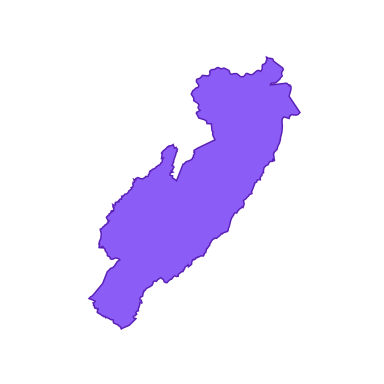 Jilotepec, Veracruz, Mexico (orthographic projection), rotated 111°
{"feature_id": "50627088B17060352314255", "entity_name": "Jilotepec", "entity_type": "district", "adm_level": 2, "iso_a3": "MEX", "parent_name": "Mexico", "parent_adm1": "Veracruz", "projection": "orthographic", "projection_center": [-96.915, 19.611], "detail": "fine", "context": "isolated", "style": "filled", "palette": "violet", "viewbox_px": 384, "rotation_deg": 111, "n_neighbors": 0, "source": "geoboundaries", "source_scale": "gbopen_adm2", "svg_char_len": 6078}
<svg xmlns="http://www.w3.org/2000/svg" viewBox="0 0 384 384"><g transform="rotate(111 192 192)"><path d="M227.4,256.7L228.9,259.5L229.8,259.8L230.3,259.7L231.2,258.8L232.3,259.8L232.1,261.4L232.6,261.0L234.3,260.5L234.3,259.2L235.8,259.2L237.4,258.5L237.7,259.0L237.7,258.7L238.1,258.7L238.8,259.1L238.6,260.3L239.7,259.9L240.0,260.0L239.9,260.5L240.8,260.4L242.2,261.5L243.3,261.2L243.5,261.7L246.3,262.9L248.6,260.2L249.0,260.2L248.8,259.0L249.7,259.4L250.9,259.3L251.2,260.0L252.7,260.1L253.7,261.3L254.9,261.5L256.3,262.5L258.8,263.3L259.4,264.3L260.2,264.1L263.0,262.0L264.7,261.4L267.9,260.5L271.4,260.7L273.0,260.3L273.7,259.6L274.1,260.2L275.3,259.2L277.0,259.0L277.2,258.8L276.6,258.2L276.9,257.8L276.5,257.4L276.6,257.0L275.7,256.8L275.3,256.1L275.4,255.9L276.3,255.9L275.9,254.8L275.3,255.0L276.5,253.1L276.5,252.5L277.9,252.0L279.7,249.0L281.4,248.4L281.9,247.9L281.9,245.8L282.5,245.0L283.6,244.3L283.6,243.0L283.1,241.9L281.1,240.0L280.7,238.6L280.6,235.8L281.2,235.0L283.7,236.8L289.0,237.9L290.2,238.5L291.0,238.9L292.7,240.9L293.6,241.0L296.8,242.5L309.5,242.6L324.7,247.8L326.2,249.1L328.4,250.0L328.4,245.2L328.7,243.1L329.1,243.1L329.5,243.7L330.5,243.8L331.0,244.6L332.2,243.4L333.0,243.4L333.0,242.6L334.8,241.6L335.3,240.7L334.8,240.3L334.8,238.7L335.1,238.5L334.6,237.9L335.3,237.5L335.8,238.0L338.3,237.3L338.5,236.9L339.0,233.4L339.6,231.6L339.5,230.4L340.0,230.1L339.7,228.8L339.3,228.5L340.3,227.6L339.6,226.7L340.2,221.8L340.2,221.4L339.8,221.2L339.7,220.3L339.9,219.4L340.7,219.4L342.3,218.3L342.6,213.2L343.1,212.9L343.3,211.0L345.2,208.9L344.3,208.3L338.9,202.8L330.3,198.9L330.2,199.5L330.6,200.1L330.6,200.9L329.8,201.8L329.1,202.1L327.9,200.9L325.9,199.8L324.9,201.3L323.1,200.7L322.0,199.4L320.5,200.3L318.1,200.2L317.0,200.5L316.2,200.3L314.3,201.1L313.6,200.6L313.8,199.3L313.5,199.0L311.2,200.6L311.3,201.8L310.5,202.4L309.8,202.5L308.2,202.2L308.0,201.7L307.1,200.8L305.0,201.1L304.6,201.5L302.1,201.1L301.6,201.6L300.4,200.4L298.5,200.1L295.3,197.2L293.2,195.8L291.0,195.7L290.2,196.0L288.6,195.3L288.2,193.2L286.1,192.6L283.1,190.4L284.4,186.8L285.8,185.8L286.0,184.2L285.6,182.8L283.8,182.2L281.4,180.9L280.8,179.9L277.0,178.7L276.4,178.0L276.5,176.3L275.6,174.7L273.9,175.3L270.2,173.2L269.5,171.9L267.6,171.7L267.4,172.1L266.8,171.5L264.1,171.5L262.2,169.6L261.4,169.6L262.1,168.6L262.9,168.4L259.8,166.5L256.9,167.2L254.9,167.0L254.3,166.3L254.6,165.8L252.9,164.6L252.0,164.7L251.6,163.8L251.0,163.2L250.7,163.4L249.8,161.9L248.8,161.2L248.3,160.5L247.7,158.5L246.1,158.2L245.5,158.5L244.3,158.4L243.7,157.5L239.6,158.1L239.3,157.5L235.9,156.7L235.6,156.4L233.3,156.9L233.1,156.5L230.9,156.3L229.1,155.7L226.8,154.0L226.4,152.4L221.8,150.0L220.3,149.7L220.3,148.7L218.8,148.1L216.1,144.7L214.9,144.5L213.6,144.9L210.5,144.9L204.5,145.7L201.4,145.6L198.6,144.9L197.2,145.0L196.0,144.4L195.6,142.7L192.9,142.4L192.5,142.0L191.2,141.8L189.1,140.2L188.0,139.9L188.2,138.8L185.2,138.9L183.5,139.5L183.2,139.9L182.6,140.1L181.9,140.8L181.4,140.9L178.6,139.0L177.2,138.7L175.2,137.6L174.0,137.7L172.0,135.5L170.5,136.4L162.0,136.4L161.3,136.7L159.5,135.2L158.0,135.5L157.6,135.3L156.3,133.6L156.1,132.6L154.5,133.4L153.2,133.4L151.9,133.0L151.6,132.7L150.3,133.0L149.4,132.9L148.2,132.1L147.5,132.7L143.5,133.5L140.6,132.2L139.3,130.8L136.5,130.5L135.6,130.1L134.4,127.6L133.2,128.3L132.4,128.2L132.2,127.8L133.6,126.0L127.2,129.6L125.9,129.4L125.7,129.6L121.8,127.9L118.4,128.3L115.2,127.9L111.1,128.3L110.3,128.7L103.6,129.6L97.9,131.3L94.3,133.1L91.4,134.0L88.9,133.1L88.6,127.7L86.0,128.0L85.5,127.4L84.5,127.2L83.7,126.0L83.8,125.0L83.1,123.6L83.1,122.7L81.8,120.9L79.1,119.7L67.8,135.7L61.3,136.3L59.0,137.0L57.8,137.6L57.9,139.3L57.2,139.0L57.2,140.9L56.7,141.9L56.6,142.9L64.0,157.1L63.0,157.4L61.7,156.6L60.7,154.1L59.3,152.6L55.1,150.4L53.4,150.3L51.8,149.4L51.2,149.4L50.2,150.4L48.2,151.2L45.0,150.6L43.7,151.7L40.7,162.5L38.9,164.3L38.8,164.9L39.7,168.9L39.4,170.8L41.8,169.4L42.4,169.7L45.0,169.5L46.9,170.6L47.6,171.7L48.6,171.8L52.2,170.5L54.7,171.1L54.5,172.6L54.8,173.8L55.8,175.0L60.3,177.4L61.2,178.5L61.6,180.0L61.5,183.0L62.1,184.0L64.8,184.7L65.7,185.2L66.9,187.5L66.7,188.9L65.9,190.7L65.5,192.7L66.4,195.2L67.8,197.0L68.0,198.1L67.4,199.4L65.7,200.5L65.3,201.2L64.8,206.0L65.1,207.0L66.6,208.8L66.4,212.2L66.9,213.1L69.5,214.9L70.6,217.3L71.9,218.4L73.1,218.7L74.9,217.7L76.0,217.5L77.8,218.3L79.4,224.1L82.3,225.0L83.3,225.8L84.8,227.7L85.9,228.0L87.4,227.4L90.0,223.9L90.9,223.6L91.9,223.8L93.9,225.9L95.9,226.5L96.9,227.5L100.9,227.8L103.6,224.1L106.1,223.1L107.2,218.1L108.3,216.7L110.8,216.7L111.9,215.8L112.9,213.7L115.5,215.9L115.7,215.5L116.8,216.3L120.5,212.1L120.1,206.2L120.6,203.9L122.8,202.5L121.4,198.4L127.0,195.6L127.8,195.1L128.4,193.9L130.3,193.6L131.0,193.2L132.3,192.2L135.0,189.2L148.9,202.3L152.4,205.0L153.1,204.3L154.1,204.6L154.6,203.6L155.1,203.4L157.4,203.8L159.0,203.1L159.5,203.7L161.5,203.8L163.4,205.4L165.9,208.4L168.7,209.5L169.2,210.3L187.1,210.5L186.0,214.0L186.0,215.3L183.8,215.9L184.2,217.7L184.1,218.8L182.0,219.1L180.3,216.9L179.9,218.9L178.1,217.9L177.0,218.2L175.4,217.7L174.7,218.3L174.4,219.3L174.5,220.1L170.2,219.9L169.6,220.4L162.2,220.6L161.0,221.0L159.6,220.4L159.0,220.9L157.5,220.8L156.1,222.9L156.7,223.2L157.3,224.1L154.4,226.6L156.0,227.8L157.3,230.1L158.0,230.0L158.4,230.3L158.6,231.1L160.1,231.5L163.9,233.6L166.4,234.4L166.8,234.3L166.9,233.5L171.7,232.5L170.8,230.9L172.1,231.4L174.8,230.6L176.2,231.5L177.9,231.6L179.3,233.1L180.5,233.6L181.1,234.4L182.5,234.6L183.9,235.7L185.1,237.2L186.5,237.5L187.1,238.5L188.5,238.8L190.5,238.4L191.4,238.9L192.6,238.6L193.5,238.9L194.0,240.7L195.3,241.2L197.3,242.6L198.0,244.8L197.8,247.2L198.2,248.1L199.7,249.3L200.9,248.7L201.2,249.1L201.0,250.9L203.1,249.2L203.8,249.6L204.0,250.4L205.7,250.2L207.0,249.3L207.9,249.1L208.9,249.4L209.7,250.4L210.4,249.6L211.2,249.8L213.8,251.4L215.2,251.4L217.0,252.1L218.0,253.8L220.1,254.6L221.1,256.1L221.6,255.5L222.3,255.8L223.8,255.2L224.2,255.3L224.3,256.5L226.4,257.4L226.7,257.5L226.7,256.9L227.4,256.7Z" fill="#8b5cf6" stroke="#5b21b6" stroke-width="1.5"/></g></svg>